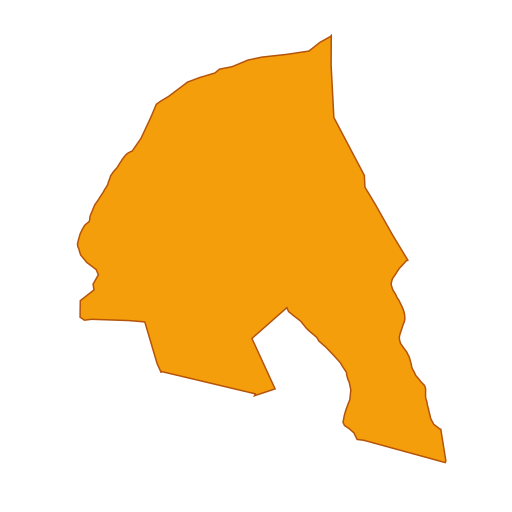 La Pansee, Castries, Saint Lucia, rotated 267°
{"feature_id": "8701671B22615930928090", "entity_name": "La Pansee", "entity_type": "district", "adm_level": 2, "iso_a3": "LCA", "parent_name": "Saint Lucia", "parent_adm1": "Castries", "projection": "equal_earth", "projection_center": [-60.983, 14.014], "detail": "fine", "context": "isolated", "style": "filled", "palette": "amber", "viewbox_px": 512, "rotation_deg": 267, "n_neighbors": 0, "source": "geoboundaries", "source_scale": "gbopen_adm2", "svg_char_len": 2515}
<svg xmlns="http://www.w3.org/2000/svg" viewBox="0 0 512 512"><g transform="rotate(267 256 256)"><path d="M472.2,342.7L471.3,341.8L466.0,331.0L457.9,319.6L455.7,296.7L454.3,272.1L452.1,258.2L446.3,242.0L444.5,229.3L440.9,224.5L437.3,209.5L433.3,196.8L419.9,177.0L415.8,169.2L412.7,164.4L400.1,158.3L379.5,147.3L367.2,137.8L366.9,136.6L366.5,135.7L365.8,134.2L365.3,133.2L364.4,132.0L363.1,130.6L361.4,129.1L359.5,127.5L357.9,126.4L356.4,125.3L354.6,124.0L352.6,122.7L351.2,121.6L349.5,119.9L347.8,118.2L346.0,116.8L343.8,115.1L341.0,114.0L337.6,112.5L335.0,111.6L331.7,109.4L330.4,108.4L328.9,107.5L327.1,106.4L325.6,105.2L323.7,103.8L321.9,102.6L320.8,101.8L319.0,100.4L317.0,98.8L316.0,98.0L314.1,97.0L310.9,95.4L310.0,95.1L308.6,94.4L307.2,93.6L305.6,92.9L303.9,92.3L303.1,92.1L301.1,91.8L299.4,91.4L298.3,90.2L297.4,88.8L296.2,87.2L294.9,86.0L292.8,84.7L291.3,83.6L290.5,83.3L287.9,81.8L286.0,81.1L285.0,80.7L283.4,80.3L282.1,79.7L280.3,79.2L277.2,78.3L274.5,78.6L272.3,79.5L270.0,79.9L266.1,81.0L258.5,86.6L250.8,95.7L245.5,97.6L236.4,91.8L230.6,92.4L220.6,78.2L213.5,77.7L204.1,77.1L200.9,81.3L201.4,88.6L198.2,125.5L196.0,141.5L153.8,151.6L144.3,155.3L145.7,155.1L118.4,248.1L116.5,247.1L122.3,268.1L173.9,247.6L202.8,284.1L198.8,285.6L196.7,288.0L194.9,289.9L188.6,297.2L181.5,302.3L178.3,305.2L171.6,312.4L167.7,314.4L161.2,321.1L151.5,329.4L145.2,334.5L141.6,336.4L134.9,340.3L132.8,340.3L128.3,341.2L125.0,342.5L117.3,343.7L107.7,342.2L103.6,340.3L97.3,337.6L92.0,335.8L85.4,334.2L82.1,335.5L78.7,340.0L74.2,344.6L69.3,346.6L67.5,347.4L66.4,353.7L56.0,385.2L39.8,434.1L41.3,434.9L74.0,431.4L73.1,431.2L74.5,429.5L76.3,427.4L77.0,426.6L78.6,424.7L81.0,423.6L82.3,422.9L84.6,422.0L85.2,421.8L88.5,421.3L89.6,421.0L92.3,420.5L94.7,420.2L96.7,419.6L99.4,419.2L101.3,419.1L103.3,418.5L105.5,418.0L108.4,418.0L111.9,418.3L114.3,418.4L116.4,418.0L118.0,417.4L119.4,416.2L121.9,414.0L125.4,411.6L128.3,409.3L132.5,407.6L134.4,406.6L137.1,405.6L139.4,405.5L142.8,404.7L147.3,403.7L149.1,402.8L152.0,401.6L156.0,399.0L158.3,397.5L161.3,395.7L164.3,395.0L167.3,394.8L170.5,395.7L173.7,397.0L177.0,398.3L179.8,399.3L182.3,400.6L185.4,401.4L189.9,401.3L193.1,400.7L196.1,399.8L198.9,398.7L204.7,396.2L206.9,394.8L210.8,393.2L214.7,391.0L217.3,390.2L219.4,389.7L221.1,389.5L224.8,390.5L226.9,391.6L230.4,394.3L234.1,396.9L236.6,398.9L238.9,401.4L243.3,405.8L243.9,407.4L269.8,393.5L302.0,377.5L319.0,368.4L330.8,368.4L390.2,341.0L442.8,341.0L472.2,342.7Z" fill="#f59e0b" stroke="#b45309" stroke-width="1.5"/></g></svg>